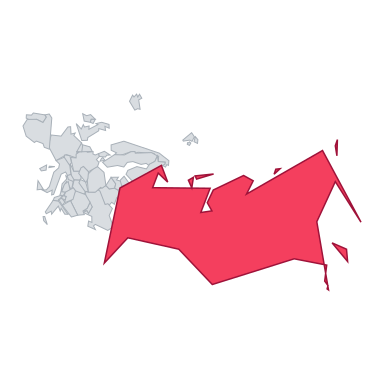 Europe, with Russia highlighted
{"feature_id": "RUS", "entity_name": "Russia", "entity_type": "country or territory", "adm_level": 0, "iso_a3": "RUS", "parent_name": "Europe", "parent_adm1": "", "projection": "albers", "projection_center": [98.07, 61.527], "detail": "coarse", "context": "in_parent", "style": "filled", "palette": "rose", "viewbox_px": 384, "rotation_deg": 0, "n_neighbors": 38, "source": "natural_earth", "source_scale": "50m", "svg_char_len": 7907}
<svg xmlns="http://www.w3.org/2000/svg" viewBox="0 0 384 384"><path d="M191.6,132.7L194.4,136.8L192.0,141.4L189.9,140.1L183.3,141.1L182.8,140.1L191.6,132.7ZM165.5,167.1L162.1,165.3L164.7,164.4L165.2,162.2L158.2,161.6L158.7,156.2L154.5,156.0L154.1,153.4L138.0,152.3L135.3,153.2L134.8,151.6L131.0,151.7L119.9,155.6L114.5,154.7L116.5,152.8L111.2,150.3L111.1,144.9L123.9,141.2L159.2,153.1L168.9,160.7L168.5,165.4L166.8,164.6L165.5,167.1ZM197.5,143.4L194.0,141.7L195.4,136.7L197.9,139.7L197.5,143.4ZM189.5,145.4L187.3,144.4L187.5,142.7L188.6,142.8L189.5,141.9L190.8,143.1L189.5,145.4Z" fill="#d9dde1" stroke="#a8b0b8" stroke-width="1"/><path d="M81.6,143.0L76.1,157.9L66.5,154.6L56.1,160.6L48.3,145.9L51.2,135.0L61.1,136.1L67.9,127.0L70.6,126.7L71.0,134.1L75.2,133.0L73.8,135.5L81.6,143.0ZM49.3,166.2L54.9,166.6L48.9,167.6L49.3,166.2Z" fill="#d9dde1" stroke="#a8b0b8" stroke-width="1"/><path d="M114.5,154.7L124.5,154.9L131.0,151.7L134.8,151.6L135.3,153.2L151.5,152.6L157.4,155.9L154.9,161.4L148.4,165.2L146.3,163.4L141.1,164.4L132.9,161.6L127.3,162.4L123.8,167.0L117.5,165.5L107.3,167.2L102.6,162.3L114.5,154.7Z" fill="#d9dde1" stroke="#a8b0b8" stroke-width="1"/><path d="M118.3,190.2L119.2,196.3L116.7,197.6L114.3,204.3L111.7,202.3L109.1,205.3L105.1,204.5L97.8,189.6L105.9,185.5L109.2,188.9L114.7,188.2L118.3,190.2Z" fill="#d9dde1" stroke="#a8b0b8" stroke-width="1"/><path d="M93.5,225.9L95.4,229.6L87.8,226.2L88.6,221.0L91.9,222.4L91.8,216.4L83.1,212.4L87.0,210.6L88.5,213.3L92.2,206.9L86.2,199.2L85.4,191.7L94.3,192.4L97.8,189.6L100.0,191.2L105.1,204.5L107.9,203.7L112.4,208.5L109.2,215.5L113.3,226.8L107.8,230.4L95.3,224.4L93.5,225.9Z" fill="#d9dde1" stroke="#a8b0b8" stroke-width="1"/><path d="M105.9,185.5L102.0,188.3L100.7,187.4L95.4,192.2L88.3,192.2L86.9,175.3L94.6,167.4L97.5,166.6L104.0,172.4L105.9,185.5Z" fill="#d9dde1" stroke="#a8b0b8" stroke-width="1"/><path d="M79.4,180.2L73.4,179.8L71.3,176.7L69.9,163.0L73.7,171.2L79.3,171.2L81.3,178.2L79.4,180.2Z" fill="#d9dde1" stroke="#a8b0b8" stroke-width="1"/><path d="M85.4,191.7L84.3,194.0L77.0,192.5L72.4,187.1L74.1,180.0L79.4,180.2L85.4,191.7Z" fill="#d9dde1" stroke="#a8b0b8" stroke-width="1"/><path d="M90.0,202.2L92.2,206.9L88.5,213.3L87.0,210.6L83.0,211.0L87.2,208.3L90.0,202.2Z" fill="#d9dde1" stroke="#a8b0b8" stroke-width="1"/><path d="M83.0,211.0L84.3,214.6L77.7,215.2L70.7,201.2L75.5,190.9L85.5,194.6L90.0,202.2L87.2,208.3L83.0,211.0Z" fill="#d9dde1" stroke="#a8b0b8" stroke-width="1"/><path d="M114.7,188.2L109.2,188.9L105.9,185.5L111.1,177.3L115.7,183.8L114.7,188.2Z" fill="#d9dde1" stroke="#a8b0b8" stroke-width="1"/><path d="M121.8,186.1L118.3,190.2L114.7,188.2L115.7,183.8L111.1,177.3L118.4,177.2L116.5,179.9L121.5,181.5L121.8,186.1Z" fill="#d9dde1" stroke="#a8b0b8" stroke-width="1"/><path d="M129.2,183.4L121.8,186.1L120.1,180.3L124.1,176.2L129.2,183.4Z" fill="#d9dde1" stroke="#a8b0b8" stroke-width="1"/><path d="M97.5,166.6L88.5,171.8L83.4,166.5L79.3,171.2L73.7,171.2L70.6,157.5L76.1,157.9L76.1,154.2L79.2,152.0L85.7,150.6L87.5,152.3L93.1,151.6L93.0,154.0L95.2,155.0L98.6,153.6L99.4,156.5L96.4,159.6L99.0,162.4L97.5,166.6Z" fill="#d9dde1" stroke="#a8b0b8" stroke-width="1"/><path d="M71.8,199.8L70.7,201.2L77.7,215.2L71.4,217.0L62.3,205.3L71.8,199.8Z" fill="#d9dde1" stroke="#a8b0b8" stroke-width="1"/><path d="M47.3,224.6L43.7,220.7L43.1,216.6L44.7,216.5L47.3,224.6ZM58.3,200.9L68.0,214.3L64.8,214.2L61.2,208.3L60.2,211.1L58.3,206.1L51.6,214.2L51.2,211.2L46.3,213.7L45.3,211.9L53.1,200.4L58.3,200.9Z" fill="#d9dde1" stroke="#a8b0b8" stroke-width="1"/><path d="M58.3,200.9L53.1,200.4L54.4,197.4L63.1,194.7L58.3,200.9Z" fill="#d9dde1" stroke="#a8b0b8" stroke-width="1"/><path d="M73.2,181.4L71.5,190.1L66.5,181.5L61.0,191.7L62.1,183.9L66.7,179.0L65.8,175.7L73.2,181.4Z" fill="#d9dde1" stroke="#a8b0b8" stroke-width="1"/><path d="M71.5,162.9L68.2,165.8L63.7,158.5L64.8,154.9L69.9,155.7L71.5,162.9Z" fill="#d9dde1" stroke="#a8b0b8" stroke-width="1"/><path d="M79.0,151.5L76.8,152.9L76.8,151.6L79.0,151.5Z" fill="#d9dde1" stroke="#a8b0b8" stroke-width="1"/><path d="M81.8,151.8L76.8,151.6L81.6,143.0L83.8,148.6L81.8,151.8Z" fill="#d9dde1" stroke="#a8b0b8" stroke-width="1"/><path d="M92.3,151.4L81.8,151.8L82.7,144.8L89.8,146.8L92.3,151.4Z" fill="#d9dde1" stroke="#a8b0b8" stroke-width="1"/><path d="M44.9,114.9L46.4,117.1L43.0,122.5L36.5,119.3L30.8,120.7L26.2,118.1L26.4,114.8L31.5,115.1L33.3,113.0L44.9,114.9Z" fill="#d9dde1" stroke="#a8b0b8" stroke-width="1"/><path d="M27.2,119.4L36.5,119.3L43.0,122.5L46.4,117.1L44.9,114.9L49.2,114.0L51.8,118.0L49.3,149.2L44.3,147.3L43.0,143.6L36.4,141.1L34.4,142.5L26.2,136.2L23.0,126.0L27.2,119.4Z" fill="#d9dde1" stroke="#a8b0b8" stroke-width="1"/><path d="M90.4,122.3L84.2,121.1L82.7,113.7L86.6,115.7L90.6,114.6L95.3,119.3L91.2,119.3L90.4,122.3Z" fill="#d9dde1" stroke="#a8b0b8" stroke-width="1"/><path d="M69.8,165.6L70.9,174.5L67.7,175.9L65.6,172.0L61.2,174.1L53.6,194.4L51.6,194.9L52.2,190.1L47.1,192.6L42.2,190.0L46.3,189.9L49.4,186.5L53.8,172.2L58.7,167.9L59.5,164.0L56.1,160.6L64.2,157.2L69.8,165.6ZM38.0,180.7L43.2,189.1L37.1,189.8L38.0,180.7ZM46.6,165.0L46.1,170.1L41.3,170.9L39.7,168.6L46.6,165.0Z" fill="#d9dde1" stroke="#a8b0b8" stroke-width="1"/><path d="M99.4,156.5L98.6,153.6L104.4,151.3L110.1,155.0L106.7,155.2L105.5,157.0L99.4,156.5ZM105.0,160.3L100.0,161.2L101.5,158.4L102.9,157.7L105.0,160.3Z" fill="#d9dde1" stroke="#a8b0b8" stroke-width="1"/><path d="M90.4,122.3L91.2,119.3L95.3,119.3L93.1,123.5L90.4,122.3ZM88.9,129.3L97.9,124.6L96.0,123.6L101.7,122.3L109.0,124.4L109.2,128.2L104.9,126.4L105.6,130.5L98.8,128.6L98.7,130.8L87.8,137.5L87.4,140.3L81.8,140.5L76.2,123.6L81.3,129.0L83.3,124.6L84.5,127.0L89.1,126.0L88.9,129.3Z" fill="#d9dde1" stroke="#a8b0b8" stroke-width="1"/><path d="M140.1,109.3L137.6,108.7L134.8,110.1L129.5,101.3L132.6,95.1L134.0,97.0L136.6,94.1L137.8,97.1L139.5,94.2L141.8,98.2L138.7,99.9L140.1,109.3Z" fill="#d9dde1" stroke="#a8b0b8" stroke-width="1"/><path d="M70.9,174.5L74.1,180.0L73.2,181.4L68.4,179.6L67.2,175.5L70.9,174.5Z" fill="#d9dde1" stroke="#a8b0b8" stroke-width="1"/><path d="M164.7,164.4L159.6,166.6L158.5,169.7L155.3,170.1L152.4,173.9L149.0,174.8L147.3,177.6L144.8,178.4L143.8,181.9L141.8,182.4L132.8,181.6L126.0,174.3L127.9,170.3L136.9,166.6L146.4,168.9L149.6,164.1L154.9,161.4L157.4,155.9L158.2,161.6L165.2,162.2L164.7,164.4Z" fill="#d9dde1" stroke="#a8b0b8" stroke-width="1"/><path d="M88.2,191.7L84.9,191.3L78.9,182.8L80.5,179.5L85.7,182.0L88.2,191.7Z" fill="#d9dde1" stroke="#a8b0b8" stroke-width="1"/><path d="M88.5,171.8L87.9,178.5L86.0,182.7L78.7,173.4L80.9,167.9L83.4,166.5L88.5,171.8Z" fill="#d9dde1" stroke="#a8b0b8" stroke-width="1"/><path d="M61.7,191.7L64.4,184.3L68.2,181.5L70.2,190.6L65.8,192.7L61.7,191.7Z" fill="#d9dde1" stroke="#a8b0b8" stroke-width="1"/><path d="M64.9,202.2L62.3,205.3L58.6,199.4L62.1,198.4L64.9,202.2Z" fill="#d9dde1" stroke="#a8b0b8" stroke-width="1"/><path d="M73.3,187.8L75.5,190.9L73.0,199.4L65.6,202.4L63.7,200.2L66.3,196.7L64.1,195.9L65.4,192.2L73.3,187.8Z" fill="#d9dde1" stroke="#a8b0b8" stroke-width="1"/><path d="M63.1,195.8L59.9,195.0L61.0,191.7L65.4,192.2L63.1,195.8Z" fill="#d9dde1" stroke="#a8b0b8" stroke-width="1"/><path d="M61.2,198.2L63.1,195.8L65.9,196.3L65.4,200.1L61.2,198.2Z" fill="#d9dde1" stroke="#a8b0b8" stroke-width="1"/><path d="M328.5,289.9L327.1,288.9L328.0,285.6L324.7,281.1L326.7,265.1L294.2,258.8L212.3,284.5L178.8,249.2L127.8,237.8L104.3,263.1L120.0,188.0L161.4,165.4L167.7,182.1L158.2,173.1L152.6,187.7L210.1,188.3L200.8,212.5L211.9,210.9L207.3,202.7L213.3,190.0L243.6,175.5L253.2,180.8L246.5,194.1L322.5,150.5L361.0,222.2L335.3,181.6L316.8,221.7L328.5,289.9ZM336.9,155.8L335.3,145.8L337.4,139.6L336.9,155.8ZM213.6,174.0L196.6,179.1L195.2,175.9L213.6,174.0ZM332.1,242.9L346.5,249.2L347.6,261.5L332.1,242.9ZM193.4,177.3L191.8,187.9L188.4,180.2L193.4,177.3ZM274.1,174.2L275.8,169.2L280.1,168.7L274.1,174.2Z" fill="#f43f5e" stroke="#9f1239" stroke-width="1.5"/></svg>